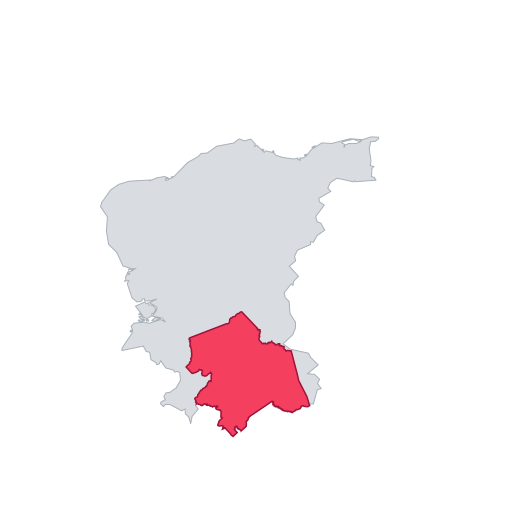 where Amazonas sits in Brazil, rotated 227°
{"feature_id": "BRA-592", "entity_name": "Amazonas", "entity_type": "State", "adm_level": 1, "iso_a3": "BRA", "parent_name": "Brazil", "parent_adm1": "", "projection": "natural_earth1", "projection_center": [-64.603, -3.801], "detail": "fine", "context": "in_parent", "style": "filled", "palette": "rose", "viewbox_px": 512, "rotation_deg": 227, "n_neighbors": 0, "source": "natural_earth", "source_scale": "10m", "svg_char_len": 9724}
<svg xmlns="http://www.w3.org/2000/svg" viewBox="0 0 512 512"><g transform="rotate(227 256 256)"><path d="M162.1,120.5L166.1,124.4L171.1,122.6L172.7,125.1L175.5,121.5L182.3,117.8L183.8,114.3L188.1,112.3L188.4,110.1L183.5,109.3L182.2,99.8L177.9,93.8L183.7,96.9L188.8,96.7L192.4,99.8L193.5,96.1L206.4,91.6L209.2,88.5L209.0,85.6L212.9,85.4L214.0,86.8L212.8,91.6L216.2,92.9L217.3,96.8L215.1,99.8L214.0,107.7L216.5,115.9L222.6,120.6L225.2,119.9L226.5,117.3L228.8,117.9L235.7,113.6L244.4,114.9L243.1,111.4L244.4,109.2L246.2,110.1L251.8,108.5L258.2,112.6L261.0,110.6L267.0,112.1L278.3,93.5L280.1,95.4L284.0,112.5L285.9,115.2L289.7,116.7L290.1,121.0L283.7,129.2L279.7,131.9L274.4,143.1L269.3,144.7L274.7,145.0L282.6,139.3L284.2,146.5L286.3,148.7L294.5,146.2L292.1,154.3L295.3,147.9L299.1,144.1L301.0,145.2L301.8,144.1L301.1,141.1L303.6,137.6L310.0,136.8L323.6,143.0L324.6,146.1L326.5,143.9L329.7,146.4L330.5,149.0L328.9,150.9L329.6,151.8L331.3,150.0L331.7,151.8L330.1,153.6L329.1,159.1L331.3,156.8L332.9,152.7L333.1,155.6L339.3,151.9L353.6,156.6L365.0,156.1L376.2,163.6L385.9,174.0L398.1,175.9L400.4,179.7L403.4,194.7L402.0,204.5L397.1,214.4L383.5,230.7L383.5,229.3L380.8,236.8L376.5,243.3L374.6,244.2L373.2,241.3L372.0,242.8L370.0,249.8L371.0,269.7L368.2,281.2L368.4,285.8L364.5,290.6L363.1,302.1L353.8,316.8L353.2,323.4L347.9,326.2L345.2,331.8L338.4,331.9L337.1,329.8L336.5,332.1L326.1,332.7L326.5,334.6L319.7,339.3L316.0,339.2L309.3,343.1L300.9,350.1L299.2,353.4L297.8,352.2L297.2,353.7L295.3,353.0L297.7,355.0L295.7,357.2L294.9,360.9L296.1,369.1L293.8,381.2L286.7,388.1L277.6,404.8L269.4,412.3L269.3,409.8L275.1,406.7L280.3,397.6L280.5,395.9L277.2,396.9L275.3,394.0L276.2,396.9L275.2,400.3L270.0,405.9L268.3,410.3L268.7,412.7L264.7,421.3L259.4,426.6L258.2,425.8L258.4,421.6L261.4,417.7L257.0,411.8L247.1,404.9L244.1,401.2L241.1,403.2L240.9,400.5L235.3,394.6L232.6,396.2L229.7,395.4L242.5,379.4L243.9,379.5L243.7,377.9L257.6,368.4L259.0,360.5L256.7,354.8L252.3,354.8L255.3,341.4L252.5,339.3L246.7,340.6L244.1,326.5L239.4,324.1L235.7,325.8L228.0,323.8L229.3,314.7L226.9,307.3L229.2,305.7L227.2,303.7L232.0,290.3L229.6,284.1L225.4,281.7L225.9,273.4L212.2,273.2L211.8,266.3L209.3,263.0L211.6,262.9L209.9,251.5L205.6,248.9L200.3,249.2L190.8,241.7L180.6,239.7L176.4,235.7L173.4,229.3L173.3,215.9L164.5,217.5L149.1,228.1L144.6,226.8L134.0,227.2L134.7,213.5L129.5,218.1L122.4,218.4L120.9,214.1L114.6,213.3L116.4,209.6L108.6,197.1L110.7,194.9L110.4,191.4L115.0,187.5L114.3,184.3L116.9,175.8L124.7,170.4L132.6,167.5L138.8,168.7L143.1,141.6L141.3,135.6L138.0,132.3L138.2,126.1L145.0,125.4L143.8,122.0L139.7,121.9L139.7,116.2L152.3,116.1L152.2,113.8L154.1,115.9L158.2,112.7L160.3,116.3L160.6,120.8L162.1,120.5ZM287.5,132.2L301.5,133.7L298.2,143.3L295.6,143.5L295.2,145.1L293.1,144.3L290.8,146.8L285.5,146.7L283.7,142.0L285.0,140.8L283.4,139.0L284.5,133.5L287.5,132.2ZM275.6,143.6L277.7,136.8L279.9,135.9L279.8,140.0L275.6,143.6ZM291.4,128.8L290.0,131.3L286.8,130.8L287.3,129.1L291.4,128.8ZM286.6,126.0L286.0,131.2L284.7,130.7L286.6,126.0ZM293.6,132.1L291.6,132.4L290.7,132.0L293.1,130.4L293.6,132.1ZM284.5,132.3L282.4,134.0L281.6,133.1L283.0,131.6L284.5,132.3ZM288.2,127.7L287.3,126.6L288.9,125.6L289.1,126.6L288.2,127.7ZM287.1,114.2L285.9,114.5L285.7,112.6L286.8,112.5L287.1,114.2ZM296.4,374.1L296.0,372.4L297.0,370.9L297.3,371.3L296.4,374.1ZM321.0,338.6L321.2,340.5L319.8,340.1L321.0,338.6ZM296.1,362.1L295.5,361.1L296.5,360.1L296.8,360.5L296.1,362.1ZM330.9,155.7L330.1,157.6L331.0,154.8L330.9,155.7ZM373.8,244.6L372.4,245.1L373.3,243.6L373.8,244.6ZM329.8,333.5L328.3,334.1L328.1,333.7L329.0,332.9L329.8,333.5ZM371.4,248.1L370.9,249.2L370.5,248.5L371.4,248.1ZM327.2,142.2L327.3,143.3L326.9,143.1L327.2,142.2Z" fill="#d9dde1" stroke="#a8b0b8" stroke-width="1"/><path d="M157.9,112.5L158.4,112.7L158.6,112.9L159.2,114.3L160.0,115.5L160.3,116.2L160.6,117.7L160.5,120.2L160.6,120.9L162.1,120.5L165.7,124.1L166.1,124.5L166.6,124.6L167.2,124.5L167.7,124.8L168.1,124.4L168.9,124.1L169.6,123.3L170.7,122.6L171.8,122.6L172.2,123.0L172.4,123.4L172.3,124.0L171.9,124.7L171.9,125.1L172.2,125.5L172.5,125.4L172.9,125.1L173.2,124.7L173.3,124.0L173.8,123.2L174.7,123.1L174.9,122.8L175.1,121.7L175.2,121.3L176.1,121.2L176.5,120.7L177.1,120.5L177.5,120.1L178.0,120.3L178.3,120.3L179.3,119.5L179.7,118.8L180.7,118.0L181.1,118.1L180.8,119.0L181.0,119.3L181.2,119.2L181.5,118.5L182.8,117.4L183.1,117.0L183.3,116.4L183.2,115.9L183.4,114.6L183.5,114.3L183.9,114.1L184.4,113.9L185.5,113.9L186.7,112.8L187.1,112.6L187.5,112.6L188.3,112.4L188.4,111.6L188.8,112.1L189.2,112.3L190.2,112.1L190.4,112.3L190.4,112.7L191.1,113.4L191.4,113.5L192.5,113.5L193.6,114.2L193.7,114.6L193.4,115.2L193.5,116.1L193.2,116.4L193.0,117.2L193.5,118.1L194.3,118.9L194.3,119.3L194.7,121.2L195.0,121.9L195.1,122.7L195.5,123.9L195.5,124.1L195.4,124.3L194.9,124.7L194.8,124.9L195.3,126.6L195.2,127.1L194.9,127.5L194.9,128.3L194.6,129.0L194.6,129.6L194.9,130.3L194.8,130.8L194.5,131.0L195.0,132.1L195.3,133.1L195.8,133.4L196.0,133.8L196.1,134.3L196.1,135.1L196.5,135.7L196.6,136.5L196.0,137.4L195.2,137.2L195.1,138.0L195.7,138.3L196.5,139.4L197.1,139.7L197.4,140.3L197.8,140.4L198.7,141.1L199.0,141.7L199.4,142.0L199.9,143.2L200.2,143.2L200.7,143.0L201.1,143.3L201.9,143.5L201.8,142.3L202.1,141.1L202.1,140.6L202.2,140.2L202.1,139.1L202.4,137.5L202.9,136.8L203.5,136.4L204.5,136.0L204.8,135.5L205.6,135.4L206.0,135.7L207.0,136.0L207.1,136.4L207.9,137.2L208.2,138.0L208.3,138.4L208.4,138.5L209.2,138.6L209.5,138.4L210.0,138.4L210.4,137.6L211.6,137.2L211.7,136.7L211.1,135.8L211.1,135.2L211.6,133.8L211.7,133.1L212.1,132.4L212.3,131.6L212.7,131.1L213.0,130.5L213.0,130.1L213.5,129.7L213.6,129.3L213.8,129.2L215.7,129.1L222.5,129.2L222.7,131.9L222.6,132.7L222.6,134.2L222.8,134.5L223.4,134.8L223.6,135.0L223.4,136.3L223.5,136.8L224.3,137.8L224.8,137.8L225.7,138.5L225.9,139.5L226.0,140.0L226.1,140.3L226.7,140.9L227.2,141.0L227.7,141.8L228.1,142.0L228.4,142.5L229.2,142.9L229.8,143.6L230.5,143.8L231.0,144.4L231.3,144.6L231.6,145.0L232.4,145.3L233.5,146.0L234.1,146.2L234.7,146.1L234.8,146.5L235.2,146.5L235.9,146.9L236.2,147.6L236.7,148.1L237.2,148.4L237.8,148.9L238.5,148.9L238.5,149.2L238.4,149.9L238.6,150.2L239.3,150.5L239.8,150.2L240.4,150.0L240.5,150.2L240.5,150.7L240.5,150.8L241.1,151.0L241.8,150.6L241.1,151.2L241.3,151.5L241.2,152.0L226.8,187.8L226.4,188.5L225.7,189.1L225.5,189.6L225.4,190.3L225.8,191.5L226.0,191.8L227.3,193.2L227.6,193.7L227.7,194.8L227.9,195.2L227.3,196.0L227.2,196.6L227.4,197.2L227.2,197.6L226.7,198.6L226.3,199.0L226.1,199.4L226.1,199.9L226.5,201.0L226.6,201.9L226.4,202.7L226.4,203.1L225.9,204.2L225.6,204.5L225.7,205.8L225.3,207.1L224.8,207.5L201.8,207.7L201.7,207.2L201.0,206.9L200.5,207.4L200.1,207.4L199.8,208.3L199.4,208.6L199.1,208.4L198.7,207.9L197.9,207.8L197.5,206.5L197.5,206.2L196.6,206.0L196.0,204.2L195.4,204.0L194.8,204.1L194.7,203.4L194.1,202.9L193.8,202.4L193.8,202.0L193.2,201.4L192.6,201.1L192.0,201.0L187.3,200.9L186.9,201.6L186.9,202.3L185.8,202.7L185.7,202.9L185.8,203.4L184.6,203.7L183.9,204.7L183.9,205.0L184.3,205.4L184.4,205.7L184.2,206.2L183.8,206.9L183.3,207.2L182.9,206.9L182.8,207.0L182.8,207.8L182.9,208.1L182.8,208.5L182.9,209.3L182.5,209.1L182.2,209.2L181.8,209.1L181.0,209.1L180.7,209.4L180.1,209.3L179.5,209.8L179.3,209.9L178.5,209.8L178.1,209.5L177.3,210.0L176.9,210.6L177.0,211.6L176.6,212.1L176.5,212.5L175.8,213.4L175.5,213.5L175.1,213.2L175.0,212.9L175.0,212.5L174.7,211.9L173.1,213.1L172.9,213.6L172.7,213.6L172.3,213.3L172.1,213.3L171.4,213.7L171.2,214.3L170.6,214.7L169.1,213.2L167.6,213.4L165.9,213.2L165.8,213.3L165.8,214.1L165.1,215.1L164.3,215.5L163.6,216.2L163.2,216.2L163.0,216.6L162.6,217.0L140.2,204.9L135.9,202.3L118.7,197.4L110.0,193.2L110.4,191.2L110.8,190.9L110.9,190.6L113.3,188.6L114.0,188.5L114.6,188.2L115.0,187.6L115.1,186.9L114.9,186.3L114.7,185.2L114.3,184.6L114.3,184.2L115.0,182.4L116.0,180.9L116.2,180.4L116.3,179.6L116.2,178.8L116.6,177.5L116.8,177.1L116.7,175.9L117.1,175.8L117.1,175.6L117.7,175.5L117.9,175.2L118.7,175.3L118.9,174.8L119.4,174.4L119.8,174.3L120.0,173.9L120.4,173.7L120.6,173.0L121.0,172.9L121.1,172.7L121.7,172.7L122.7,171.8L123.0,171.3L123.3,171.4L123.7,171.1L124.2,170.6L125.1,170.4L125.2,170.2L125.5,170.4L125.8,170.2L126.1,170.5L126.5,170.2L126.4,170.4L126.8,170.2L127.1,170.3L127.3,169.9L127.5,169.9L128.2,169.8L128.3,170.0L128.6,169.8L128.8,169.5L129.1,169.3L129.3,169.3L129.5,169.6L129.8,169.2L129.9,169.4L130.1,169.5L130.5,169.2L130.9,169.4L131.0,169.1L131.3,169.4L131.9,168.6L132.0,168.2L132.3,168.1L132.2,167.8L132.3,167.6L132.8,167.4L133.4,167.5L133.7,167.0L133.9,167.1L133.8,167.5L134.2,167.7L134.3,167.3L134.5,167.3L134.7,167.6L135.4,167.2L135.9,167.5L136.0,167.2L136.1,167.3L136.3,167.5L136.2,168.2L136.7,168.6L136.9,168.7L137.1,169.0L137.6,168.3L137.9,168.3L138.0,168.8L138.3,169.0L138.8,168.6L142.8,143.5L142.9,141.9L143.1,141.5L142.7,140.7L142.8,139.9L142.1,139.3L142.1,138.9L141.8,138.5L141.8,138.2L141.4,137.5L141.7,136.8L141.6,136.4L141.4,135.7L141.2,135.4L140.5,135.1L139.8,134.5L139.6,134.1L139.1,133.9L138.1,132.5L138.2,126.0L138.3,126.1L138.6,126.0L140.0,125.8L140.9,125.3L141.5,125.5L141.6,125.1L142.5,124.7L142.8,124.9L143.4,125.5L143.8,125.4L143.9,125.7L144.4,125.8L144.6,125.6L144.9,125.6L145.1,125.5L145.0,125.1L144.7,124.8L144.9,124.5L144.8,123.8L145.0,123.7L144.5,123.2L144.6,122.9L143.9,122.1L143.4,121.8L143.0,122.2L142.5,121.9L142.0,121.9L141.4,121.8L140.7,121.9L140.6,121.7L140.4,121.6L139.9,121.9L139.7,121.9L139.7,116.2L140.0,116.2L140.6,116.0L141.2,116.0L141.7,115.7L142.0,115.7L143.5,116.1L152.4,116.1L152.2,116.0L152.2,115.8L151.9,115.7L151.8,115.2L151.6,115.2L152.2,113.6L152.3,113.9L152.8,114.2L153.4,115.6L153.7,115.9L154.2,115.9L155.0,115.6L156.7,113.2L157.9,112.5Z" fill="#f43f5e" stroke="#9f1239" stroke-width="1.5"/></g></svg>